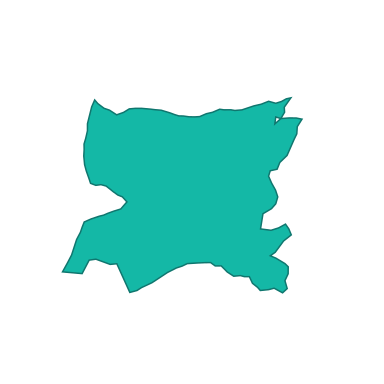 the district of Atalaia, Paraná, Brazil, rotated 25°
{"feature_id": "56859067B91834913468512", "entity_name": "Atalaia", "entity_type": "district", "adm_level": 2, "iso_a3": "BRA", "parent_name": "Brazil", "parent_adm1": "Paraná", "projection": "equal_earth", "projection_center": [-52.06, -23.127], "detail": "fine", "context": "isolated", "style": "filled", "palette": "teal", "viewbox_px": 384, "rotation_deg": 25, "n_neighbors": 0, "source": "geoboundaries", "source_scale": "gbopen_adm2", "svg_char_len": 1753}
<svg xmlns="http://www.w3.org/2000/svg" viewBox="0 0 384 384"><g transform="rotate(25 192 192)"><path d="M241.5,87.9L242.2,80.6L239.8,76.2L241.8,64.9L238.1,67.7L234.8,72.2L230.4,76.2L223.1,77.4L217.6,83.2L211.8,87.7L202.5,96.5L196.4,100.0L192.4,101.1L186.3,104.0L182.1,105.3L176.9,111.1L171.9,115.0L167.1,120.4L162.7,122.8L157.5,125.1L152.0,126.8L147.9,128.6L143.5,129.2L138.5,129.6L129.5,130.9L123.8,133.0L119.2,134.5L111.2,137.4L105.0,140.3L100.0,143.2L96.3,148.8L91.1,153.9L82.6,152.7L76.9,153.3L69.3,151.7L64.9,149.7L65.1,157.3L68.4,174.3L71.4,180.8L73.0,188.3L73.9,194.2L76.3,199.1L78.7,205.1L83.1,212.6L87.3,217.6L93.0,223.4L96.4,227.0L102.0,226.6L106.4,223.8L111.7,222.9L116.4,224.0L120.4,225.0L126.1,226.1L130.9,225.8L137.2,228.5L134.6,237.5L129.1,242.5L124.7,246.9L121.6,250.4L118.2,253.1L112.1,258.9L107.0,264.7L107.3,270.1L107.9,275.7L107.5,283.8L109.5,300.0L109.1,309.0L108.4,319.1L126.9,312.4L127.6,297.2L133.3,293.5L148.4,292.2L154.2,288.8L178.1,309.3L183.8,304.5L186.7,299.9L194.0,291.2L196.8,286.7L203.8,275.3L209.9,267.5L214.3,263.4L218.0,258.9L226.6,254.2L233.7,250.5L238.7,248.1L244.3,249.2L249.7,246.6L257.7,249.6L265.4,250.7L271.2,247.3L275.2,246.6L279.8,244.5L285.4,249.2L291.7,250.7L295.5,252.4L302.7,248.1L307.1,244.5L316.7,245.1L319.1,239.3L313.7,233.1L313.7,225.5L310.8,219.1L306.5,217.6L296.0,216.5L289.9,216.7L292.9,211.5L295.7,197.7L300.1,188.9L295.3,184.5L290.3,181.6L285.7,187.9L279.8,193.3L269.7,196.5L265.5,181.7L271.1,173.5L272.9,167.3L271.8,160.2L266.9,155.0L260.4,150.3L254.7,145.3L253.9,139.7L259.5,135.4L259.1,128.1L262.7,118.7L262.3,101.1L262.4,95.0L259.8,88.3L260.9,79.5L255.2,80.9L248.8,83.8L241.5,87.9ZM241.5,87.9L238.3,95.3L236.2,88.6L241.5,87.9Z" fill="#14b8a6" stroke="#0f766e" stroke-width="1.5"/></g></svg>